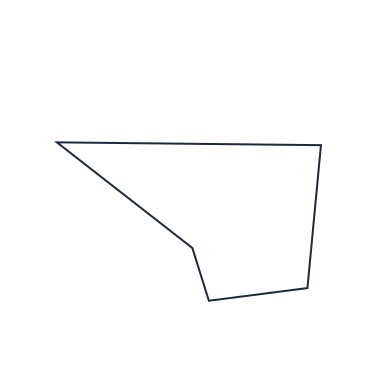 map outline of Boe (Albers equal-area conic projection), rotated 113°
{"feature_id": "NRU-4971", "entity_name": "Boe", "entity_type": "state/province", "adm_level": 1, "iso_a3": "NRU", "parent_name": "Nauru", "parent_adm1": "", "projection": "albers", "projection_center": [166.917, -0.541], "detail": "fine", "context": "isolated", "style": "outline", "palette": "slate", "viewbox_px": 384, "rotation_deg": 113, "n_neighbors": 0, "source": "natural_earth", "source_scale": "10m", "svg_char_len": 235}
<svg xmlns="http://www.w3.org/2000/svg" viewBox="0 0 384 384"><g transform="rotate(113 192 192)"><path d="M199.1,335.8L98.5,91.6L235.3,48.2L285.5,134.0L243.4,169.8L199.1,335.8Z" fill="none" stroke="#1e293b" stroke-width="2"/></g></svg>